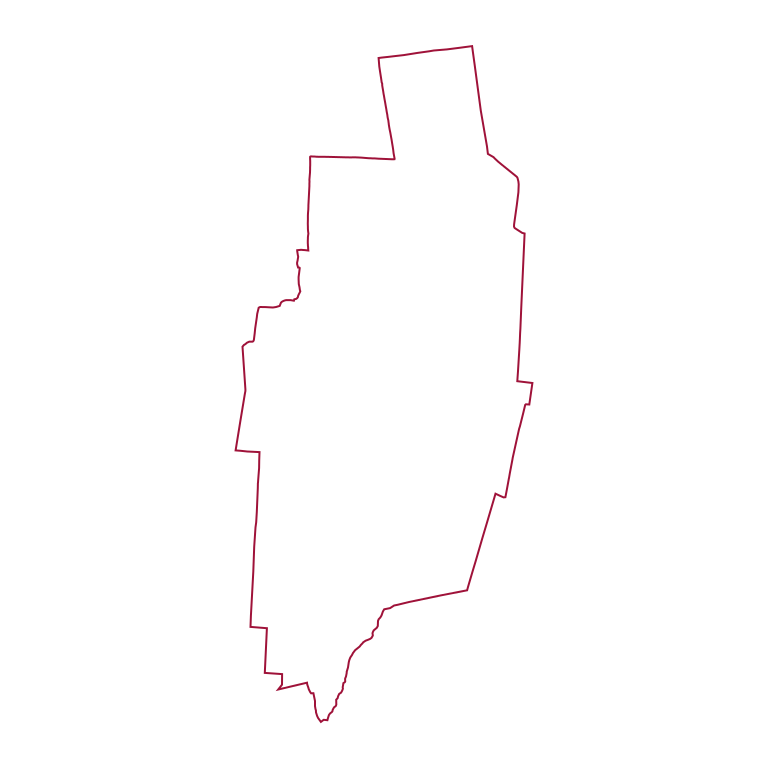 Schela, Galati, Romania (orthographic projection)
{"feature_id": "2599482B45960847446276", "entity_name": "Schela", "entity_type": "district", "adm_level": 2, "iso_a3": "ROU", "parent_name": "Romania", "parent_adm1": "Galati", "projection": "orthographic", "projection_center": [27.845, 45.517], "detail": "fine", "context": "isolated", "style": "outline", "palette": "rose", "viewbox_px": 768, "rotation_deg": 0, "n_neighbors": 0, "source": "geoboundaries", "source_scale": "gbopen_adm2", "svg_char_len": 4381}
<svg xmlns="http://www.w3.org/2000/svg" viewBox="0 0 768 768"><path d="M255.5,527.4L254.2,546.8L253.3,571.6L250.9,615.9L250.5,626.9L266.9,628.2L264.8,672.9L282.1,674.1L282.0,684.7L278.2,689.5L307.0,682.7L307.1,683.8L307.4,685.0L308.3,687.5L308.8,689.3L309.3,690.3L310.2,692.1L311.1,693.3L311.6,693.3L312.9,693.2L313.4,693.2L315.0,701.0L315.0,706.1L315.5,709.1L315.9,710.3L316.0,712.4L317.1,715.9L318.1,718.0L320.2,720.9L320.9,721.9L323.7,719.8L327.4,720.2L327.9,718.3L328.9,715.1L330.0,713.5L331.9,712.0L332.4,711.3L332.7,709.8L334.0,707.4L335.7,706.1L336.3,704.7L336.2,699.7L337.6,698.2L338.1,696.2L339.2,693.9L341.1,692.6L342.2,690.6L342.9,688.7L342.7,687.2L343.0,685.7L343.4,683.1L344.0,682.7L344.8,682.2L345.2,681.5L345.1,678.8L345.4,677.9L346.0,676.5L346.7,672.9L346.7,671.8L348.0,667.5L348.8,662.1L349.3,660.1L350.3,657.5L352.0,655.0L353.0,653.0L355.2,650.1L356.5,649.1L359.7,646.5L360.8,645.0L362.6,643.2L363.1,642.4L365.6,640.7L368.0,639.8L370.1,638.9L371.5,637.9L372.8,635.6L372.7,634.4L372.5,633.2L372.9,632.0L373.7,630.4L375.6,628.8L376.8,627.8L377.8,626.0L378.0,620.9L378.7,619.2L380.3,617.5L381.5,615.5L382.9,611.5L384.2,609.3L390.1,608.1L394.1,605.5L397.6,604.8L409.0,602.0L440.8,595.4L467.1,590.3L468.0,587.0L472.4,572.0L475.5,561.7L482.4,538.0L487.0,522.6L494.1,498.5L495.5,493.7L500.2,495.9L502.7,497.0L503.6,497.4L505.4,497.2L507.0,488.8L508.9,478.4L509.0,478.1L509.8,473.4L512.6,458.6L512.6,458.3L519.1,428.9L519.9,426.4L523.1,413.6L525.2,404.9L525.9,404.3L529.3,404.5L532.4,383.0L517.3,381.2L518.0,371.2L518.7,359.8L519.3,350.0L519.7,343.0L519.9,338.6L520.1,333.5L520.4,328.4L521.3,306.5L524.6,233.5L522.2,232.9L517.7,230.0L514.8,228.1L514.5,227.8L514.0,226.5L514.1,224.3L516.8,205.1L518.4,192.3L518.7,184.4L518.4,181.5L517.5,177.9L516.8,176.8L509.5,170.9L502.2,165.0L498.2,161.7L495.1,158.8L494.3,158.0L493.6,157.2L487.9,153.9L487.0,146.5L480.8,110.7L474.7,65.1L473.3,55.0L472.8,51.4L472.1,46.1L464.7,47.1L459.5,47.8L446.9,49.4L433.8,50.5L429.1,51.3L417.6,52.9L403.7,55.1L394.9,56.1L388.1,56.9L381.5,57.6L378.6,58.0L379.3,66.6L380.1,71.9L381.1,78.3L381.7,82.5L382.1,83.3L382.2,84.0L382.2,84.3L382.2,85.0L382.2,85.3L382.4,86.6L383.2,91.3L383.6,94.0L383.8,95.0L384.0,96.0L384.5,99.0L385.2,102.8L385.7,105.8L386.3,109.1L386.7,111.7L387.3,114.8L387.6,117.2L387.9,118.7L388.3,120.3L388.6,122.8L388.7,123.3L388.8,124.5L389.3,127.6L389.7,129.8L390.3,132.6L391.1,137.1L391.6,139.8L392.0,142.4L392.7,146.6L393.2,149.9L393.6,153.3L394.6,158.7L394.5,159.2L393.1,159.3L390.4,159.2L388.3,159.1L378.6,158.7L374.6,158.4L372.6,158.4L371.1,158.3L368.4,158.2L364.8,157.9L361.1,157.6L354.6,157.3L350.7,157.4L344.9,157.3L333.6,157.0L329.1,156.9L327.7,156.9L326.2,156.9L325.2,156.8L324.3,156.8L322.1,156.8L319.9,156.8L318.2,156.8L317.6,156.7L317.1,156.8L316.3,156.7L315.1,156.6L313.9,156.5L312.4,156.5L311.3,156.4L310.9,156.4L310.5,156.5L310.2,156.7L310.1,156.9L310.1,157.8L310.1,159.1L310.2,161.0L310.2,162.5L310.2,164.1L310.2,165.3L310.1,167.5L310.1,169.2L310.0,172.7L309.4,179.7L309.5,181.6L309.4,183.5L309.4,186.1L308.7,199.7L308.6,201.2L308.6,201.6L308.4,205.2L308.4,206.5L308.3,209.5L308.0,213.2L307.9,215.6L307.9,219.5L307.8,223.7L307.9,226.8L307.9,228.6L308.0,230.4L308.2,232.3L308.4,233.5L308.1,235.5L307.9,237.3L307.9,238.4L307.8,240.8L307.8,243.3L307.9,244.4L307.9,245.4L308.1,247.1L308.2,249.5L308.3,250.5L306.5,250.3L304.8,250.1L303.2,250.0L301.1,249.8L297.2,250.2L297.2,250.6L297.2,251.0L297.8,254.9L298.2,256.8L297.9,258.5L297.6,260.4L297.1,262.6L297.1,264.1L298.1,267.5L299.0,267.5L299.5,267.7L299.7,267.9L299.7,268.4L299.1,273.2L298.6,277.0L298.6,279.4L298.8,284.1L299.5,287.2L299.9,290.0L300.3,291.3L299.6,292.8L299.3,293.4L298.9,294.1L298.1,295.9L298.0,296.5L297.9,297.1L297.3,298.0L296.7,298.5L296.3,298.8L295.8,299.0L294.3,299.3L293.9,300.7L290.4,300.1L287.8,300.1L286.7,300.1L285.8,300.2L284.6,300.5L283.3,301.0L281.7,301.9L280.9,302.8L279.7,305.9L276.1,307.0L272.9,307.5L265.7,307.1L260.1,307.0L258.7,307.7L257.2,313.9L256.8,317.4L255.2,328.3L254.7,333.3L253.9,339.8L253.6,340.6L253.2,341.3L252.4,341.7L250.3,341.7L249.2,341.7L247.0,342.7L245.4,344.1L243.9,345.0L242.5,346.7L245.4,389.3L245.4,391.0L244.9,393.6L240.4,420.8L235.6,450.4L240.7,450.8L245.4,451.3L247.2,451.5L259.5,452.1L259.2,461.0L259.2,461.8L259.1,468.1L258.2,479.7L258.0,482.7L257.9,483.2L257.8,488.2L256.8,512.1L256.2,522.2L255.5,527.4Z" fill="none" stroke="#9f1239" stroke-width="2"/></svg>